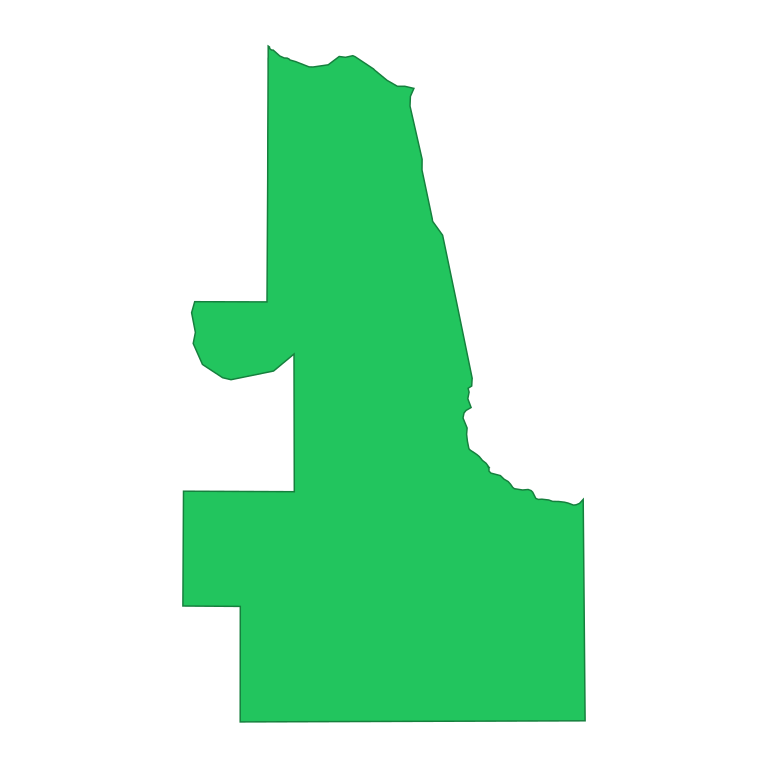 the district of Lake of the Woods, Minnesota, United States of America
{"feature_id": "52423323B31112987754605", "entity_name": "Lake of the Woods", "entity_type": "district", "adm_level": 2, "iso_a3": "USA", "parent_name": "United States of America", "parent_adm1": "Minnesota", "projection": "albers", "projection_center": [-94.86, 48.875], "detail": "fine", "context": "isolated", "style": "filled", "palette": "green", "viewbox_px": 768, "rotation_deg": 0, "n_neighbors": 0, "source": "geoboundaries", "source_scale": "gbopen_adm2", "svg_char_len": 1404}
<svg xmlns="http://www.w3.org/2000/svg" viewBox="0 0 768 768"><path d="M585.1,720.8L583.2,499.4L579.5,503.4L576.1,504.8L573.5,505.1L568.2,503.1L564.5,502.2L558.6,501.5L552.6,501.4L548.8,500.0L541.9,499.2L538.2,499.4L535.8,498.4L532.7,492.2L531.1,490.6L528.1,489.5L522.6,490.0L514.4,488.7L512.7,487.4L510.6,484.3L508.2,481.6L504.1,479.2L500.4,475.6L490.9,473.1L489.0,471.1L489.0,467.9L488.5,467.3L489.0,467.3L486.1,463.3L482.4,460.4L479.3,456.6L476.8,454.5L470.2,450.1L468.9,448.7L467.4,441.2L466.6,434.3L467.1,428.0L463.0,418.0L464.0,413.0L466.1,410.4L471.1,407.5L467.8,398.7L469.1,392.1L469.0,391.8L468.1,388.3L471.7,386.0L472.1,378.8L472.2,378.4L456.4,301.4L442.6,235.2L432.6,221.3L432.2,218.5L422.0,170.1L422.1,159.2L410.0,106.1L410.4,96.4L413.9,88.4L404.9,86.3L397.4,86.3L387.0,80.3L374.6,70.1L373.6,69.0L355.1,56.7L352.8,55.7L345.5,57.3L339.2,56.5L328.2,64.8L313.1,67.0L309.1,66.9L295.6,61.6L290.0,60.0L289.0,59.0L287.1,58.1L284.3,58.0L279.8,56.0L273.2,50.1L271.6,50.1L269.7,48.6L269.5,47.0L268.2,46.1L268.2,46.9L268.2,56.2L268.2,57.1L268.1,58.3L268.1,66.0L268.1,73.1L268.1,73.3L268.0,95.9L268.0,96.5L268.0,96.9L268.0,98.3L267.8,135.3L267.7,178.5L267.0,301.9L194.7,301.7L191.6,312.7L195.4,332.4L193.2,343.5L202.5,364.5L222.6,377.7L231.0,379.7L273.6,371.0L294.0,354.0L294.3,491.7L183.5,491.2L182.9,606.0L240.3,606.4L240.2,721.9L585.1,720.8Z" fill="#22c55e" stroke="#15803d" stroke-width="1.5"/></svg>